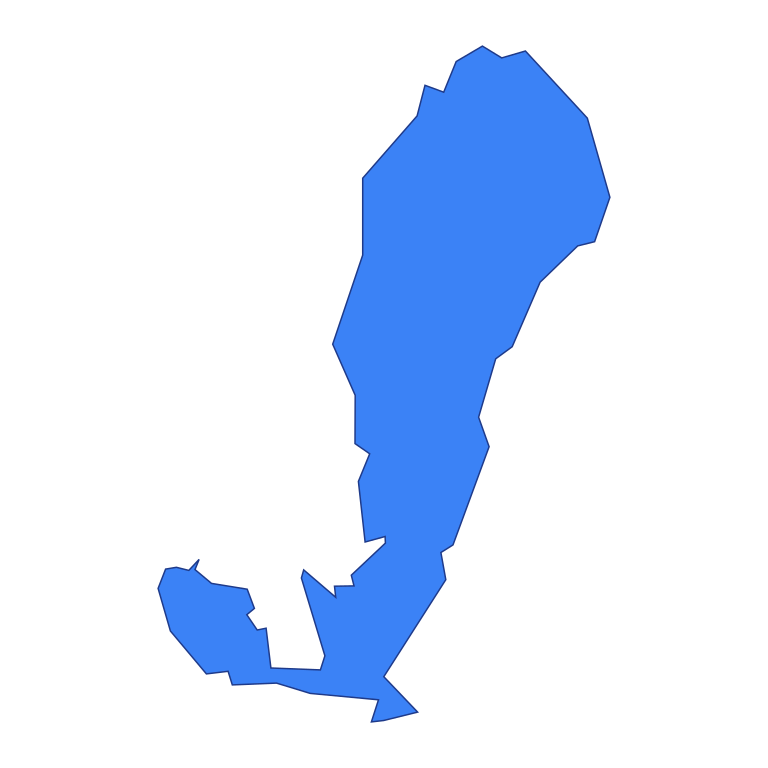 Butel, Butel, North Macedonia (Equal Earth projection)
{"feature_id": "65306769B57074060571114", "entity_name": "Butel", "entity_type": "district", "adm_level": 2, "iso_a3": "MKD", "parent_name": "North Macedonia", "parent_adm1": "Butel", "projection": "equal_earth", "projection_center": [21.445, 42.087], "detail": "fine", "context": "isolated", "style": "filled", "palette": "blue", "viewbox_px": 768, "rotation_deg": 0, "n_neighbors": 0, "source": "geoboundaries", "source_scale": "gbopen_adm2", "svg_char_len": 869}
<svg xmlns="http://www.w3.org/2000/svg" viewBox="0 0 768 768"><path d="M525.4,51.0L501.7,57.9L482.4,46.1L456.2,61.5L443.7,92.2L425.0,85.3L417.1,115.9L362.7,178.2L362.7,255.1L332.7,344.2L355.2,395.3L355.0,443.6L369.7,453.8L358.4,481.4L365.1,542.0L385.1,536.5L385.4,543.1L351.3,575.2L354.0,585.9L334.5,586.2L335.7,597.3L303.7,569.9L301.4,578.0L324.9,655.8L320.4,669.9L270.9,668.0L266.1,628.2L257.2,630.0L246.8,614.7L254.4,608.4L247.2,589.2L211.5,583.4L195.0,569.6L199.1,559.4L188.8,570.4L176.4,567.3L165.6,569.1L158.1,588.4L170.4,631.0L206.4,673.9L228.1,671.3L232.3,684.9L276.5,683.1L310.2,693.4L378.5,699.8L371.4,721.9L383.7,720.5L417.6,712.1L383.8,676.7L445.8,579.7L440.9,552.5L453.0,544.9L489.1,446.7L478.6,417.2L495.7,358.8L512.2,346.7L540.1,282.2L577.7,245.9L594.6,241.7L609.9,197.3L587.3,118.1L525.4,51.0Z" fill="#3b82f6" stroke="#1e3a8a" stroke-width="1.5"/></svg>